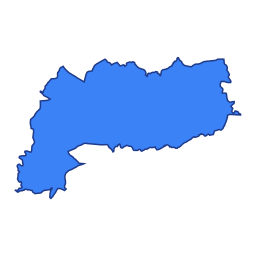 outline of Marovoay, Boeny, Madagascar
{"feature_id": "10022922B7387017022835", "entity_name": "Marovoay", "entity_type": "district", "adm_level": 2, "iso_a3": "MDG", "parent_name": "Madagascar", "parent_adm1": "Boeny", "projection": "orthographic", "projection_center": [46.607, -16.229], "detail": "fine", "context": "isolated", "style": "filled", "palette": "blue", "viewbox_px": 256, "rotation_deg": 0, "n_neighbors": 0, "source": "geoboundaries", "source_scale": "gbopen_adm2", "svg_char_len": 5724}
<svg xmlns="http://www.w3.org/2000/svg" viewBox="0 0 256 256"><path d="M240.6,115.0L240.6,114.3L240.4,114.0L238.7,113.3L238.4,112.3L237.7,111.7L235.8,111.0L235.1,111.0L234.2,112.6L233.7,113.0L232.9,112.8L232.0,111.9L231.7,110.9L232.3,109.6L232.7,109.1L232.7,108.2L231.3,106.9L231.0,106.3L232.6,104.5L233.8,103.7L234.3,102.5L234.1,101.5L231.9,101.8L230.2,102.4L229.0,101.8L227.5,100.3L226.8,97.4L226.4,93.7L226.2,93.3L225.9,93.2L222.3,93.0L222.3,92.1L222.9,89.8L222.7,88.7L220.3,86.3L220.2,84.7L220.4,83.5L221.0,81.8L221.6,81.3L223.1,81.6L224.0,81.4L227.6,82.5L230.6,82.5L230.9,81.9L230.6,80.6L228.4,77.6L228.4,76.3L229.2,75.1L229.3,74.2L228.4,72.7L227.8,71.4L226.9,70.1L227.3,68.2L227.2,67.0L226.3,65.3L224.8,64.3L224.3,63.5L224.0,60.5L223.7,60.2L223.9,59.3L222.8,59.1L217.8,59.2L216.3,60.1L214.6,60.5L210.7,60.8L209.0,61.2L208.3,61.1L204.8,61.5L202.6,62.2L200.4,63.5L198.5,64.0L195.2,64.2L192.6,65.7L191.7,66.6L191.0,66.8L185.6,65.8L184.2,65.3L183.6,64.6L183.0,64.3L181.8,62.4L181.7,61.9L180.5,60.7L179.6,60.2L179.2,59.1L178.6,58.4L178.5,57.9L178.0,57.6L177.0,58.4L177.1,59.4L176.6,60.4L176.2,60.6L175.5,61.5L174.5,61.3L174.2,62.1L173.3,62.8L173.2,63.1L173.4,63.5L172.6,64.1L172.0,65.4L171.9,66.1L171.1,66.2L169.7,66.9L167.4,68.8L166.5,68.8L165.6,69.3L163.1,69.7L162.2,70.2L161.4,71.2L160.8,74.1L160.7,75.1L160.3,75.6L159.8,75.4L159.2,74.5L158.8,73.5L157.8,73.4L157.5,73.2L157.4,72.0L155.9,71.6L154.1,72.5L153.6,72.3L152.4,72.4L150.8,73.1L150.2,73.7L148.9,73.2L148.3,73.8L147.7,73.9L147.4,74.1L147.4,75.7L147.0,76.4L145.7,75.1L145.5,74.6L145.9,72.6L145.0,70.7L143.8,69.7L138.8,68.0L136.5,65.9L135.4,64.4L134.7,63.9L134.7,62.7L133.9,62.1L132.8,61.8L131.5,62.5L131.0,62.1L130.5,62.2L129.7,62.0L127.0,62.9L126.5,63.4L126.6,64.6L126.0,65.5L124.9,66.2L124.2,65.1L123.6,64.8L121.4,65.6L120.1,65.8L117.1,62.4L113.8,63.6L112.4,64.4L111.6,65.0L111.0,64.1L110.5,63.7L110.3,63.2L109.4,62.7L108.2,62.4L107.5,62.1L106.9,61.0L106.1,60.4L105.7,59.5L105.3,59.3L104.8,59.3L97.2,63.6L95.2,65.0L94.1,66.2L93.6,67.7L92.9,68.7L92.2,70.9L88.6,71.4L87.0,72.3L85.9,75.0L84.2,81.9L77.7,78.2L75.9,76.9L69.5,73.1L67.6,71.5L65.9,69.9L64.4,68.2L63.1,66.3L62.0,67.1L60.9,67.4L60.2,68.1L59.4,69.6L59.3,70.4L58.5,71.7L57.7,72.5L57.5,74.3L57.6,76.1L57.4,77.1L56.9,77.8L56.0,78.3L54.3,78.7L51.3,78.8L49.0,81.6L47.8,82.7L47.0,84.3L45.4,85.9L45.1,86.6L45.1,88.4L43.2,91.2L43.1,92.3L42.3,92.3L41.0,91.3L40.5,91.2L40.3,91.4L40.3,91.9L40.6,92.3L42.1,93.3L43.9,95.6L47.7,97.5L50.1,99.1L49.2,99.7L47.8,100.3L40.3,101.0L40.4,105.6L40.2,108.2L39.9,108.9L36.6,112.1L35.4,113.8L34.8,114.8L34.7,115.4L34.1,116.3L30.6,119.5L30.3,123.0L30.6,125.3L31.0,126.7L31.1,128.4L31.7,128.7L32.8,128.8L33.5,129.7L33.6,131.9L32.9,137.5L34.5,141.9L34.4,142.5L34.0,143.5L32.0,146.0L31.6,150.6L31.3,151.7L30.9,152.1L29.9,152.0L27.4,151.1L25.2,151.1L24.7,151.9L26.0,154.2L25.9,155.0L25.6,155.4L24.8,155.9L24.0,155.7L20.9,156.0L19.7,156.4L19.2,157.1L19.2,157.7L19.4,157.9L21.9,159.6L22.5,160.4L22.7,162.9L23.1,164.7L22.8,165.6L21.8,165.8L21.1,165.6L19.6,164.3L19.1,164.2L17.6,165.0L17.3,165.6L17.2,166.5L18.1,168.3L18.2,170.9L19.2,171.5L19.5,171.9L19.4,172.3L18.1,173.6L18.0,176.5L17.5,178.9L18.6,181.4L19.6,182.1L20.2,182.1L20.8,181.7L21.3,182.0L21.7,183.1L21.1,184.2L21.0,185.3L21.1,185.8L21.9,186.3L22.1,186.8L21.6,187.9L20.6,188.3L19.1,188.3L17.7,190.3L17.1,190.6L15.7,190.1L15.4,190.3L17.4,192.0L17.9,192.1L18.9,191.7L20.1,190.7L21.1,190.9L21.8,190.5L22.5,190.7L23.2,190.1L23.9,190.3L25.0,189.3L26.5,189.3L27.8,190.0L29.2,189.8L30.0,189.9L30.9,190.5L32.1,190.4L32.8,192.1L34.3,193.1L34.7,193.6L40.2,193.0L41.2,192.8L42.3,191.6L43.7,190.6L48.4,189.8L49.8,189.8L51.3,188.1L52.0,188.0L51.9,188.9L51.3,189.5L50.7,190.6L50.1,193.5L49.8,197.3L50.2,197.9L50.9,198.4L52.7,196.6L54.1,194.3L55.5,192.5L56.6,190.2L57.7,188.8L58.8,188.5L60.2,188.6L61.9,189.2L64.6,190.5L66.1,189.1L66.0,188.7L64.8,187.9L64.5,186.5L64.6,185.8L65.5,183.6L65.4,180.4L64.9,178.6L64.9,176.0L65.3,174.4L66.0,173.0L68.7,170.6L71.8,169.4L74.3,167.9L75.7,167.4L77.8,165.8L83.1,164.1L83.9,163.7L79.2,163.3L75.6,159.5L74.2,158.6L72.8,156.9L70.0,155.1L68.6,153.3L68.1,151.4L75.0,148.5L78.0,146.1L81.4,144.9L84.1,143.4L85.9,143.3L86.7,143.5L101.3,144.8L107.2,144.6L108.0,145.2L108.5,146.2L108.5,146.7L109.2,147.5L111.3,149.2L112.4,150.7L113.0,151.9L113.4,151.7L113.8,151.2L114.0,148.5L115.4,146.6L115.8,146.4L117.3,146.5L118.1,145.3L118.1,144.7L118.8,144.7L119.7,144.1L120.1,144.7L120.4,146.4L120.8,147.5L121.6,147.9L122.6,147.9L124.1,146.6L125.4,146.1L126.9,145.3L129.0,146.2L131.0,146.4L131.5,146.7L132.4,147.7L133.3,149.9L134.0,150.4L137.6,150.4L138.9,149.6L140.0,149.3L140.3,149.5L141.2,151.0L141.8,151.2L142.6,150.6L144.0,150.1L144.8,149.3L145.9,149.0L147.0,149.2L149.4,147.6L150.0,147.4L151.7,147.6L153.7,147.4L154.9,147.0L155.2,147.0L155.3,147.9L156.2,148.7L156.6,149.5L156.9,149.8L157.7,149.8L159.6,149.1L162.9,147.2L163.8,146.6L164.4,145.6L165.0,145.4L165.2,146.0L165.8,145.6L166.1,145.1L166.7,144.8L167.7,144.9L168.5,145.6L169.5,145.9L169.7,146.1L169.7,146.9L170.3,147.0L171.2,146.8L171.7,147.4L172.2,147.5L172.9,147.3L174.4,147.5L175.1,147.7L175.6,148.2L175.9,148.3L177.3,148.2L177.9,147.4L179.4,147.0L180.9,145.8L182.2,144.4L184.3,142.8L186.4,141.9L188.6,140.4L190.9,139.3L192.0,138.1L193.8,136.8L194.2,136.8L194.4,137.1L195.1,137.3L197.8,136.5L199.1,135.7L199.0,134.8L200.1,134.7L200.8,133.9L201.2,133.9L201.7,134.3L202.4,134.1L203.4,134.8L204.0,134.9L204.8,136.0L205.7,136.0L207.6,134.5L208.5,134.1L209.3,134.7L209.5,135.2L213.3,134.5L214.4,131.4L214.6,131.0L215.2,130.7L217.0,130.3L218.9,129.5L221.1,130.1L222.6,128.8L223.3,127.9L223.7,126.3L224.5,125.9L224.7,124.8L226.2,121.3L226.9,118.9L227.5,116.6L227.3,115.9L228.0,115.0L230.1,114.4L240.6,115.0Z" fill="#3b82f6" stroke="#1e3a8a" stroke-width="1.5"/></svg>